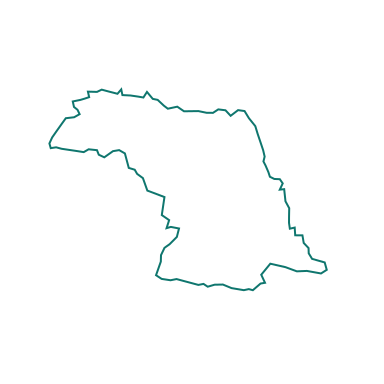 the district of Herveiras, Rio Grande do Sul, Brazil, rotated 15°
{"feature_id": "56859067B41615897262901", "entity_name": "Herveiras", "entity_type": "district", "adm_level": 2, "iso_a3": "BRA", "parent_name": "Brazil", "parent_adm1": "Rio Grande do Sul", "projection": "orthographic", "projection_center": [-52.676, -29.446], "detail": "fine", "context": "isolated", "style": "outline", "palette": "teal", "viewbox_px": 384, "rotation_deg": 15, "n_neighbors": 0, "source": "geoboundaries", "source_scale": "gbopen_adm2", "svg_char_len": 1552}
<svg xmlns="http://www.w3.org/2000/svg" viewBox="0 0 384 384"><g transform="rotate(15 192 192)"><path d="M178.8,281.7L185.2,283.8L194.1,282.8L199.6,280.1L208.9,280.1L222.2,280.1L226.9,277.8L231.7,279.4L237.8,275.7L245.8,273.4L255.1,274.6L267.5,273.4L272.0,271.1L276.2,271.1L281.9,262.7L286.0,260.8L280.3,254.0L286.2,241.0L301.7,240.4L313.8,241.5L323.4,238.5L337.7,237.3L342.3,232.3L338.4,225.7L325.3,225.5L320.6,221.0L319.1,216.0L313.1,212.3L309.9,205.3L302.9,207.1L300.4,199.8L296.0,202.1L293.7,196.7L292.1,190.6L290.1,182.5L284.7,176.8L280.3,165.4L276.2,167.0L277.4,160.2L273.5,156.9L268.1,158.1L263.3,157.1L260.7,153.1L256.2,147.4L253.1,144.0L253.0,139.0L249.9,133.2L245.2,126.1L240.4,118.9L236.1,112.0L227.9,106.0L221.8,100.2L215.3,101.0L209.6,108.4L203.2,104.4L196.0,105.4L191.8,110.1L185.7,111.7L177.2,112.2L163.4,116.1L155.7,113.4L147.1,117.8L142.5,115.9L135.0,111.9L130.0,112.2L122.6,107.0L120.6,113.3L115.2,113.8L107.6,114.7L99.7,116.4L97.1,111.2L94.6,116.4L85.3,116.5L78.3,116.5L74.3,119.9L65.5,122.0L68.1,127.0L64.3,129.5L60.4,131.9L53.4,135.4L56.0,140.4L60.1,142.2L63.3,145.9L58.8,150.3L51.0,153.4L48.8,159.2L45.3,168.6L42.8,175.5L41.7,182.0L44.2,186.2L49.2,184.0L54.9,184.0L69.6,182.3L77.1,181.5L81.1,177.5L89.4,176.2L92.3,180.1L98.3,181.2L105.1,173.0L110.8,170.4L117.2,172.1L124.7,185.1L130.9,185.3L134.3,188.7L141.0,191.3L148.5,202.2L166.7,204.0L168.8,222.1L177.2,225.1L176.8,233.5L180.6,231.2L188.9,230.6L189.0,239.3L183.9,248.2L179.9,253.0L178.4,261.0L179.9,267.3L178.8,281.7Z" fill="none" stroke="#0f766e" stroke-width="2"/></g></svg>